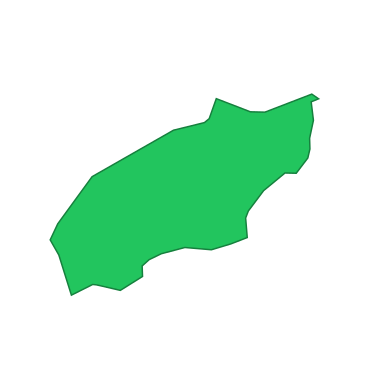 map outline of Črna na Koroškem (Equal Earth projection), rotated 149°
{"feature_id": "SVN-944", "entity_name": "Črna na Koroškem", "entity_type": "Municipality", "adm_level": 1, "iso_a3": "SVN", "parent_name": "Slovenia", "parent_adm1": "", "projection": "equal_earth", "projection_center": [14.808, 46.47], "detail": "fine", "context": "isolated", "style": "filled", "palette": "green", "viewbox_px": 384, "rotation_deg": 149, "n_neighbors": 0, "source": "natural_earth", "source_scale": "10m", "svg_char_len": 582}
<svg xmlns="http://www.w3.org/2000/svg" viewBox="0 0 384 384"><g transform="rotate(149 192 192)"><path d="M102.5,160.4L129.9,156.3L153.5,146.7L159.4,142.1L168.1,124.5L185.4,127.5L205.1,132.5L226.7,148.1L250.1,154.9L263.6,156.1L272.8,154.3L277.9,145.1L304.1,144.6L321.8,161.7L324.8,163.9L348.5,165.7L338.6,206.6L338.2,224.0L323.4,233.9L269.7,256.6L176.0,254.5L145.6,245.1L139.5,246.0L123.1,259.5L100.7,230.7L88.4,222.9L38.9,214.2L35.5,206.7L43.4,207.9L51.0,190.9L63.5,177.5L68.8,168.1L75.2,161.5L93.0,154.4L102.5,160.4Z" fill="#22c55e" stroke="#15803d" stroke-width="1.5"/></g></svg>